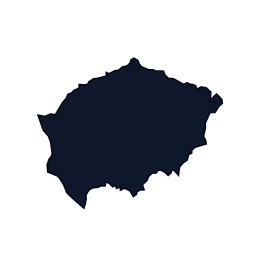 Gentil, Rio Grande do Sul, Brazil, rotated 229°
{"feature_id": "56859067B14485327469822", "entity_name": "Gentil", "entity_type": "district", "adm_level": 2, "iso_a3": "BRA", "parent_name": "Brazil", "parent_adm1": "Rio Grande do Sul", "projection": "orthographic", "projection_center": [-52.047, -28.389], "detail": "fine", "context": "isolated", "style": "filled", "palette": "ink", "viewbox_px": 256, "rotation_deg": 229, "n_neighbors": 0, "source": "geoboundaries", "source_scale": "gbopen_adm2", "svg_char_len": 1548}
<svg xmlns="http://www.w3.org/2000/svg" viewBox="0 0 256 256"><g transform="rotate(229 128 128)"><path d="M96.4,42.1L98.8,46.0L101.7,49.7L104.9,52.2L106.8,57.6L106.0,62.1L103.1,66.0L101.8,70.0L99.3,72.6L101.8,76.0L98.1,77.6L93.7,77.8L92.9,81.0L90.0,79.6L88.4,83.3L86.0,81.5L84.8,85.9L82.2,87.0L79.3,88.2L72.8,87.0L72.3,90.6L73.9,93.3L73.1,96.7L70.7,99.6L75.7,101.7L75.9,107.8L77.8,111.5L78.1,116.6L75.7,119.4L76.1,123.5L74.1,125.5L69.6,126.9L65.8,127.2L65.9,131.0L67.9,134.0L65.2,135.0L59.2,135.1L62.2,138.3L64.7,141.3L65.5,146.9L64.9,151.4L68.2,156.6L67.2,159.5L69.3,161.5L69.6,165.2L68.3,168.7L64.6,176.6L68.2,178.7L72.0,179.4L77.3,186.5L81.1,189.7L85.8,200.0L82.6,203.9L84.7,210.7L84.7,215.4L87.9,217.5L91.5,217.5L95.6,217.2L95.4,212.3L94.6,208.1L100.8,214.1L107.1,213.4L111.2,209.9L111.8,205.5L115.5,206.8L118.3,205.5L120.6,203.3L123.4,202.3L124.5,198.6L135.2,194.7L139.2,191.0L143.9,190.7L147.7,192.1L150.1,189.4L152.5,186.6L155.5,185.1L158.3,181.9L165.5,178.3L169.3,178.6L172.2,179.7L176.9,178.4L177.5,174.9L175.8,172.4L175.4,168.3L177.8,163.7L177.8,158.6L179.8,155.9L180.4,153.1L181.4,149.5L184.2,148.0L181.4,145.8L185.5,137.6L187.8,134.3L188.6,128.8L187.4,126.1L189.6,122.9L192.9,119.8L190.2,117.1L191.9,111.9L191.4,109.0L192.9,104.6L190.9,101.1L190.2,95.4L185.7,81.9L189.3,78.9L191.3,72.8L196.8,68.5L181.9,62.6L174.2,62.6L168.4,60.5L158.8,54.3L156.8,51.2L156.1,47.5L153.1,42.7L147.4,38.5L143.2,40.7L138.5,43.1L135.6,43.4L127.8,42.3L119.2,39.4L114.6,39.7L106.5,40.7L96.4,42.1Z" fill="#0f172a" stroke="#020617" stroke-width="1.5"/></g></svg>